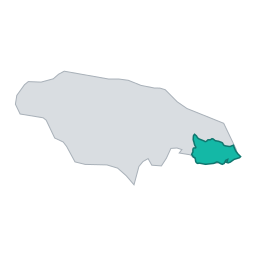 location of Saint Thomas within Jamaica
{"feature_id": "JAM-1383", "entity_name": "Saint Thomas", "entity_type": "Parish", "adm_level": 1, "iso_a3": "JAM", "parent_name": "Jamaica", "parent_adm1": "", "projection": "equal_earth", "projection_center": [-76.493, 17.967], "detail": "fine", "context": "in_parent", "style": "filled", "palette": "teal", "viewbox_px": 256, "rotation_deg": 0, "n_neighbors": 0, "source": "natural_earth", "source_scale": "10m", "svg_char_len": 1867}
<svg xmlns="http://www.w3.org/2000/svg" viewBox="0 0 256 256"><path d="M128.3,80.3L141.0,85.4L154.2,88.0L159.9,88.1L165.2,89.7L177.2,101.8L186.9,108.5L223.7,123.3L235.9,148.8L238.2,156.8L228.7,161.6L216.8,163.2L205.4,163.5L194.8,158.6L190.2,154.8L179.2,153.0L181.9,149.6L177.0,148.0L170.9,148.4L166.4,158.2L161.4,165.9L151.8,165.2L148.1,158.6L143.0,161.5L138.9,166.5L134.0,184.8L126.2,175.7L117.6,168.1L106.9,164.9L85.2,164.4L75.0,161.9L66.6,146.4L63.2,142.0L54.7,138.0L46.2,120.2L43.2,117.8L20.1,114.0L15.4,104.2L16.8,95.4L24.5,84.7L28.3,81.6L41.1,82.1L53.3,78.8L58.6,74.2L64.2,71.2L108.4,79.0L118.6,79.0L128.3,80.3Z" fill="#d9dde1" stroke="#a8b0b8" stroke-width="1"/><path d="M233.4,145.2L234.3,147.8L235.8,151.1L237.8,153.8L240.6,156.6L239.5,157.7L234.1,159.4L230.3,162.1L228.1,162.9L226.3,162.3L227.0,161.6L227.3,161.2L227.7,159.4L225.8,160.3L224.1,163.5L222.3,164.3L220.7,163.7L218.8,162.5L216.9,161.9L213.7,163.4L205.5,164.3L199.7,163.2L198.8,163.2L198.0,163.4L197.2,163.3L196.1,162.3L195.6,161.1L195.4,159.4L195.1,158.0L194.3,157.4L193.4,157.1L192.9,156.3L192.4,155.4L191.7,154.6L192.1,153.3L192.8,152.3L192.9,151.9L192.9,151.2L192.9,149.9L193.0,149.1L193.4,148.2L193.8,148.0L194.3,147.9L195.3,148.0L195.6,147.9L195.8,147.6L195.8,147.1L195.4,146.4L194.7,145.0L194.5,144.5L193.9,141.9L193.6,141.2L193.4,140.4L193.2,139.6L193.3,137.5L193.4,136.3L193.6,135.4L194.6,134.3L196.5,136.0L197.3,137.4L197.5,137.7L197.7,137.9L198.4,138.5L199.2,139.0L204.2,141.0L204.9,141.5L205.3,141.6L205.8,141.5L206.6,141.1L207.0,140.8L207.5,140.2L208.0,139.8L208.4,139.8L209.9,139.8L210.4,139.7L210.8,139.5L211.5,139.0L212.0,138.7L212.4,138.8L213.0,138.9L215.3,140.7L218.7,141.3L221.8,142.5L222.3,142.8L222.5,143.0L222.7,143.3L223.4,144.6L223.7,145.0L224.1,145.4L225.5,145.9L229.3,146.5L230.4,146.4L233.4,145.2L233.4,145.2Z" fill="#14b8a6" stroke="#0f766e" stroke-width="1.5"/></svg>